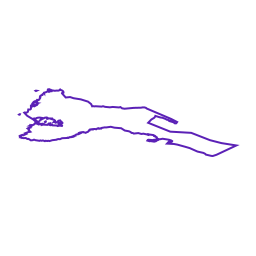 Hvalfjarðarsveit, Vesturland, Iceland, rotated 9°
{"feature_id": "244011B64770191202242", "entity_name": "Hvalfjarðarsveit", "entity_type": "district", "adm_level": 2, "iso_a3": "ISL", "parent_name": "Iceland", "parent_adm1": "Vesturland", "projection": "equal_earth", "projection_center": [-21.787, 64.41], "detail": "fine", "context": "isolated", "style": "outline", "palette": "violet", "viewbox_px": 256, "rotation_deg": 9, "n_neighbors": 0, "source": "geoboundaries", "source_scale": "gbopen_adm2", "svg_char_len": 5738}
<svg xmlns="http://www.w3.org/2000/svg" viewBox="0 0 256 256"><g transform="rotate(9 128 128)"><path d="M216.1,142.4L219.6,140.6L237.7,128.3L222.7,128.3L210.9,127.2L191.2,122.9L170.3,125.0L147.1,119.7L149.7,116.0L152.3,113.8L153.2,112.2L153.2,111.8L158.1,112.5L160.5,112.5L164.1,113.3L164.8,113.7L166.3,113.7L166.8,114.1L169.0,114.3L169.3,114.5L169.1,114.7L169.8,114.7L169.6,114.9L171.9,115.2L173.7,116.1L174.9,115.8L175.6,114.4L169.2,112.3L149.2,107.3L143.3,105.8L142.6,105.3L141.1,105.1L139.4,105.3L137.7,105.9L130.6,107.2L121.6,109.5L119.1,109.5L117.2,108.5L115.9,109.1L109.6,109.6L106.9,110.4L102.1,110.7L99.9,110.4L98.6,111.0L92.4,111.6L91.5,111.9L90.1,111.9L89.2,112.2L87.9,110.2L84.4,108.2L76.9,107.1L69.6,107.1L66.0,106.5L61.7,107.6L57.4,104.1L57.5,103.6L58.7,103.2L58.7,102.7L58.2,101.9L56.6,101.1L55.3,101.0L54.9,100.6L54.0,101.7L53.0,102.1L52.0,102.1L49.9,102.7L47.3,102.7L46.7,103.1L46.8,103.6L45.7,103.9L45.8,103.3L45.5,103.8L45.0,104.0L44.3,104.7L44.0,104.6L44.4,104.1L43.9,104.0L43.6,103.4L44.3,103.2L44.9,102.4L44.6,102.4L44.6,102.1L44.3,102.0L43.0,102.3L42.8,102.7L42.9,103.2L43.5,103.9L43.6,104.4L43.1,104.9L43.4,104.5L42.5,104.6L41.5,105.4L39.7,106.2L39.8,106.7L39.5,106.4L39.5,106.0L39.3,107.0L38.3,108.1L38.3,108.8L37.3,109.1L36.5,110.1L36.6,110.5L36.2,110.5L36.1,111.4L36.5,112.3L36.0,113.0L36.0,113.7L35.2,114.5L33.8,114.4L33.3,115.2L33.1,115.7L33.7,115.6L33.7,116.5L33.2,116.8L33.9,116.7L33.8,117.3L34.5,117.2L34.7,117.3L34.5,117.6L35.0,117.6L34.5,117.9L34.6,118.5L33.9,118.7L34.0,119.3L34.6,119.3L34.5,119.5L34.1,119.8L33.8,119.8L33.8,119.6L32.6,119.9L33.2,120.3L32.4,121.1L32.9,121.3L32.2,121.2L32.8,120.5L31.7,120.3L30.6,121.8L30.8,122.0L29.6,121.5L29.4,121.0L30.5,120.3L30.3,120.0L31.1,119.2L30.8,118.9L31.0,118.3L30.6,118.2L30.7,117.9L31.8,117.1L32.1,116.4L32.8,116.5L33.2,116.1L32.8,115.9L31.9,116.1L30.8,116.9L29.6,119.0L29.7,120.3L28.6,121.0L29.1,123.8L29.0,124.5L28.3,125.1L26.6,125.3L26.6,127.6L25.8,128.4L25.0,128.8L23.5,128.8L23.1,129.1L26.5,131.7L33.1,134.4L35.1,135.7L36.5,136.1L37.4,135.7L36.4,135.6L36.5,135.3L36.4,135.1L36.1,135.0L36.4,135.4L36.0,135.4L34.4,134.1L33.3,133.9L33.1,133.6L34.0,133.2L35.0,133.4L36.1,132.5L37.4,131.9L39.2,131.5L41.8,131.5L41.2,132.0L41.3,132.5L40.9,132.5L40.6,133.4L40.3,133.5L40.2,133.7L41.0,133.3L42.0,132.3L42.9,131.9L44.3,130.8L46.2,130.3L46.7,130.5L46.2,131.1L46.4,131.5L46.0,132.0L48.4,130.9L51.7,130.5L51.9,130.9L51.6,131.2L53.7,131.5L54.8,132.1L54.8,132.9L54.5,133.1L55.1,133.4L54.6,133.7L55.3,133.7L55.3,133.9L55.6,134.1L56.3,133.8L57.0,133.1L57.8,132.9L58.3,132.3L57.9,132.1L58.2,131.7L59.8,131.1L60.7,132.0L61.4,132.2L61.8,132.7L61.6,132.9L62.4,133.2L62.4,133.5L61.6,133.9L61.6,134.2L60.7,134.3L60.3,134.2L60.2,133.8L59.2,133.7L58.8,134.5L58.0,135.2L59.0,134.9L60.3,135.7L62.1,135.8L63.2,136.3L60.3,136.3L58.1,137.1L57.2,136.7L53.0,137.2L52.6,136.9L52.4,136.4L52.0,136.6L51.6,137.2L50.9,137.4L49.6,137.1L50.5,136.1L49.3,135.8L48.9,136.1L48.5,136.7L48.8,136.9L48.0,137.5L44.9,137.8L45.0,137.5L44.8,137.4L43.7,137.9L43.9,137.5L43.5,137.4L44.2,137.0L43.1,137.2L43.3,137.0L41.9,137.5L41.8,137.8L42.1,138.1L41.9,138.2L41.4,138.2L41.5,137.8L40.1,137.5L39.5,137.7L39.5,138.2L39.1,138.5L38.8,138.4L38.9,137.8L38.3,137.8L38.3,137.6L38.8,137.4L38.4,137.4L38.6,137.1L37.4,138.0L36.4,137.9L36.3,137.1L36.7,136.9L37.1,137.2L37.3,137.0L38.1,137.2L38.4,136.9L37.3,136.7L36.0,136.9L35.6,137.2L35.6,138.2L34.9,138.6L34.4,139.5L33.0,140.2L31.9,140.2L30.8,141.0L31.9,140.9L32.4,141.3L32.4,141.7L31.7,142.3L31.7,142.8L29.8,143.4L29.0,144.1L29.5,144.3L30.3,144.1L30.4,144.5L30.0,144.7L30.2,144.8L30.2,145.6L32.2,147.0L31.6,147.3L30.9,147.2L27.7,149.0L27.2,149.3L28.4,149.8L25.7,151.6L24.7,151.3L22.5,152.6L22.9,153.0L22.7,153.3L23.6,153.6L23.4,153.9L24.2,153.8L24.9,154.3L26.2,154.4L28.6,153.9L30.3,154.6L31.1,154.3L32.2,154.6L34.0,155.4L35.9,154.9L37.0,154.2L38.4,154.5L42.7,154.5L43.3,154.0L44.7,154.1L45.9,153.6L48.0,154.0L48.6,153.5L50.4,153.5L51.1,153.1L52.5,153.2L55.1,151.9L59.4,150.7L59.7,150.3L61.1,149.8L62.5,149.7L64.5,148.4L70.3,147.2L70.2,146.9L71.4,146.6L71.9,146.1L72.8,146.1L73.4,145.9L73.2,145.7L73.5,145.5L75.4,145.2L75.6,144.8L76.2,144.6L76.2,144.3L76.6,144.1L76.4,144.0L76.9,143.8L76.8,143.6L77.3,143.3L77.9,142.5L80.0,141.9L81.6,140.8L80.7,140.5L81.3,140.0L81.9,140.2L81.4,140.0L81.6,139.9L83.5,139.2L84.3,139.3L84.5,139.0L87.0,139.4L87.5,138.8L88.9,138.2L89.6,137.0L90.5,136.5L90.6,135.9L90.3,135.8L90.5,135.5L91.7,135.1L92.6,135.2L93.3,135.0L93.1,134.7L93.8,134.5L95.7,134.1L96.7,134.3L97.2,134.0L97.5,133.5L98.7,132.8L99.5,132.9L99.5,133.2L100.4,133.1L100.9,132.6L101.7,132.7L102.1,132.0L105.0,131.0L106.2,130.9L110.8,129.5L114.5,129.8L121.3,129.3L125.2,131.0L129.4,131.1L131.2,131.6L132.2,132.3L133.5,132.2L134.6,132.6L139.0,131.4L142.1,131.8L144.1,131.2L147.8,131.4L148.2,131.0L148.8,130.9L149.5,131.0L149.4,131.7L148.9,131.7L150.1,131.7L149.5,131.7L149.6,131.1L154.1,131.0L155.0,131.3L153.9,132.0L155.1,131.5L155.8,132.1L157.8,132.6L158.1,133.1L157.9,133.4L158.5,133.7L158.6,134.7L157.5,135.4L155.7,135.5L154.2,136.1L150.0,136.4L149.4,136.7L149.1,137.4L151.4,137.7L152.3,137.4L156.0,137.4L157.6,136.7L158.8,135.5L159.3,135.3L159.1,134.8L160.1,134.1L160.8,134.3L163.9,133.2L170.5,133.2L172.8,133.6L173.7,134.0L173.7,134.4L172.8,135.0L170.5,135.1L169.0,137.3L175.9,136.6L179.4,136.7L187.4,137.6L192.1,138.2L200.3,140.4L206.4,140.8L208.4,141.5L209.1,142.1L214.5,142.5L216.1,142.4ZM46.7,134.4L45.6,134.3L44.4,135.5L45.4,135.1L45.9,134.5L46.7,134.4ZM18.5,131.9L19.0,131.7L19.1,131.3L18.9,131.3L18.3,131.8L18.5,131.9ZM31.9,105.5L31.2,105.5L30.9,105.7L31.3,105.9L31.9,105.5ZM23.6,154.7L24.4,154.7L23.6,154.7ZM50.6,135.5L51.0,135.3L50.1,135.4L50.6,135.5ZM30.3,140.4L30.9,140.2L31.1,140.0L30.3,140.4Z" fill="none" stroke="#5b21b6" stroke-width="2"/></g></svg>